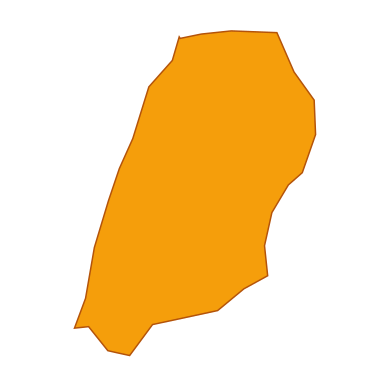 outline of Sotenäs, Västra Götaland, Sweden, rotated 174°
{"feature_id": "70781695B30860810516281", "entity_name": "Sotenäs", "entity_type": "district", "adm_level": 2, "iso_a3": "SWE", "parent_name": "Sweden", "parent_adm1": "Västra Götaland", "projection": "albers", "projection_center": [11.361, 58.424], "detail": "fine", "context": "isolated", "style": "filled", "palette": "amber", "viewbox_px": 384, "rotation_deg": 174, "n_neighbors": 0, "source": "geoboundaries", "source_scale": "gbopen_adm2", "svg_char_len": 504}
<svg xmlns="http://www.w3.org/2000/svg" viewBox="0 0 384 384"><g transform="rotate(174 192 192)"><path d="M125.5,100.8L125.5,131.0L114.7,163.2L95.4,189.0L80.3,199.7L63.1,236.2L60.9,270.6L78.0,300.7L90.9,341.6L136.1,348.1L166.2,348.1L187.7,346.0L188.5,347.6L197.8,324.9L223.9,301.1L245.3,251.3L261.8,222.9L276.0,192.0L294.9,147.0L309.0,97.3L323.1,68.9L308.9,68.9L292.3,43.0L284.1,40.2L271.1,35.9L245.1,64.3L178.9,71.4L150.5,90.3L125.5,100.8Z" fill="#f59e0b" stroke="#b45309" stroke-width="1.5"/></g></svg>